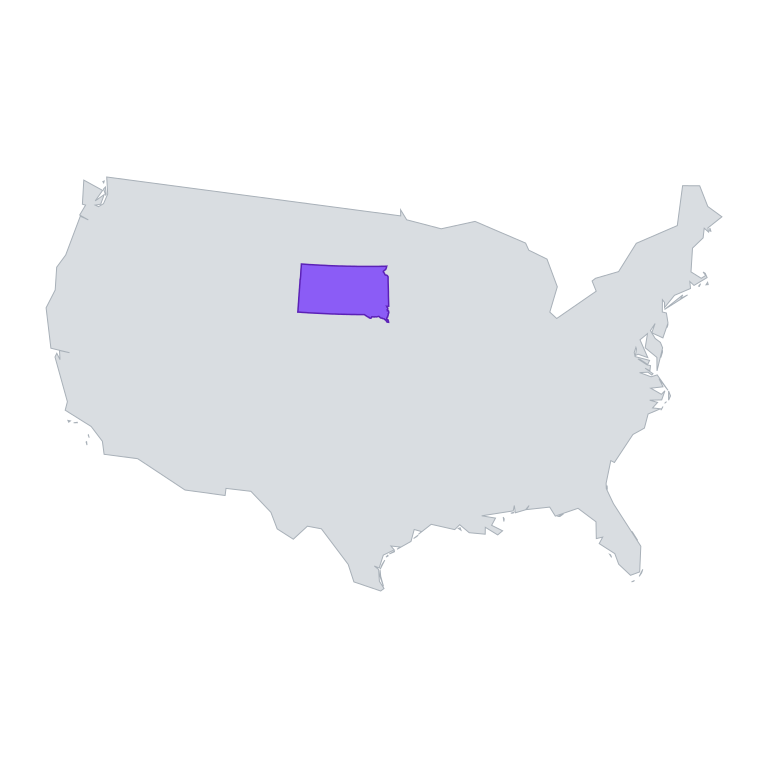 South Dakota highlighted on a map of United States of America
{"feature_id": "USA-3534", "entity_name": "South Dakota", "entity_type": "State", "adm_level": 1, "iso_a3": "USA", "parent_name": "United States of America", "parent_adm1": "", "projection": "albers", "projection_center": [-98.157, 44.23], "detail": "fine", "context": "in_parent", "style": "filled", "palette": "violet", "viewbox_px": 768, "rotation_deg": 0, "n_neighbors": 0, "source": "natural_earth", "source_scale": "10m", "svg_char_len": 7025}
<svg xmlns="http://www.w3.org/2000/svg" viewBox="0 0 768 768"><path d="M636.3,243.3L677.3,225.6L682.6,185.7L699.7,185.8L707.8,206.5L721.9,216.8L707.9,227.9L708.5,232.0L704.2,228.2L703.1,237.9L692.5,248.1L691.0,271.9L701.2,278.3L705.7,275.5L703.1,272.0L705.2,273.3L707.1,277.6L694.0,285.4L689.8,281.5L690.5,288.5L674.5,295.3L664.5,307.6L664.5,302.4L662.4,299.7L662.3,312.0L666.4,313.0L668.0,323.0L662.9,337.9L651.8,332.8L655.1,323.5L650.4,330.6L655.2,338.5L660.4,342.4L662.6,347.8L657.0,370.9L656.9,357.4L645.2,347.8L647.5,333.6L640.0,339.8L647.8,357.6L638.1,354.2L635.4,355.5L636.5,349.0L635.9,347.3L634.2,352.6L635.1,356.6L649.6,360.4L647.7,364.5L640.3,359.5L637.9,359.0L647.0,364.9L650.5,365.6L649.9,370.8L645.1,368.2L653.0,373.7L651.8,375.0L647.9,372.2L639.6,372.6L651.1,376.8L657.2,374.9L668.0,390.3L659.0,378.7L663.0,386.8L650.7,388.2L661.4,394.3L664.9,390.8L661.7,399.9L649.7,400.2L657.6,402.4L652.6,407.9L660.4,408.8L648.1,414.0L644.4,428.1L632.9,434.5L614.4,462.5L610.8,460.6L606.1,483.3L606.3,488.6L613.4,503.6L640.8,546.2L639.7,571.9L630.5,575.3L618.7,564.2L614.8,553.6L599.2,543.6L602.7,537.1L596.3,538.6L596.0,521.8L578.0,508.3L555.3,516.1L549.7,507.1L526.6,509.6L529.1,505.5L525.5,509.8L515.3,512.8L514.3,505.5L513.2,510.9L481.7,515.8L495.5,518.1L491.6,525.3L502.6,530.8L497.7,534.9L485.3,527.3L485.2,534.2L469.2,532.7L459.7,524.7L454.7,529.6L431.2,524.3L418.3,534.4L421.6,531.6L414.2,529.5L411.0,541.4L397.0,549.3L400.2,547.0L390.9,546.0L394.2,549.9L383.3,555.1L379.2,568.0L374.3,566.0L378.6,569.5L379.4,581.3L384.0,588.5L380.7,591.0L353.9,581.9L348.2,564.4L321.4,528.8L307.4,526.2L293.3,539.2L277.2,528.9L270.9,512.3L250.9,491.3L226.0,488.4L225.1,495.5L185.0,490.0L137.7,458.7L104.1,454.3L102.4,441.3L91.2,426.5L65.2,410.2L67.4,401.7L55.0,357.0L56.8,353.3L60.0,359.7L59.5,350.5L69.5,352.7L50.9,348.2L46.1,307.8L55.2,290.0L56.7,267.2L65.7,255.0L80.3,216.2L88.3,219.9L79.7,215.0L85.6,205.1L82.4,204.2L83.8,180.1L102.6,190.4L95.2,200.9L104.2,194.6L100.7,204.2L95.2,205.1L98.5,206.7L103.5,203.7L107.7,194.1L106.7,177.0L400.7,215.9L400.6,209.8L406.7,219.8L441.2,228.8L475.0,221.4L525.6,243.1L528.8,250.2L547.0,259.1L557.3,286.8L549.8,312.1L556.7,318.5L596.2,291.2L592.1,281.0L595.5,278.3L618.6,271.6L636.3,243.3ZM680.9,298.4L687.6,294.9L664.5,309.5L682.8,294.9L680.9,298.4ZM105.4,187.0L106.2,194.1L105.8,195.0L103.5,189.1L105.4,187.0ZM383.5,586.4L379.9,576.1L380.1,570.1L380.7,576.3L383.5,586.4ZM709.9,228.0L710.9,231.2L709.6,231.0L709.9,228.0ZM460.2,527.8L461.0,530.2L458.3,528.4L460.2,527.8ZM73.6,422.8L77.2,422.3L77.3,422.7L73.6,422.8ZM70.4,420.9L68.7,422.2L67.9,420.4L70.4,420.9ZM700.6,283.7L699.3,286.4L698.6,286.1L700.6,283.7ZM382.0,564.6L380.1,569.4L384.8,560.1L382.0,564.6ZM632.4,532.0L637.7,540.4L631.6,531.3L632.4,532.0ZM88.4,434.8L89.2,437.7L88.2,435.0L88.4,434.8ZM641.6,572.9L639.2,576.4L642.8,569.3L641.6,572.9ZM670.5,395.9L668.6,400.2L668.6,391.0L670.5,395.9ZM104.2,181.0L103.7,182.9L102.8,181.6L104.2,181.0ZM394.4,551.8L389.3,554.0L394.5,551.1L394.4,551.8ZM707.6,282.3L708.2,284.6L706.0,284.8L707.6,282.3ZM86.6,441.7L87.0,445.1L86.1,442.0L86.6,441.7ZM388.1,555.9L386.0,557.1L387.8,555.2L388.1,555.9ZM662.5,352.0L660.8,357.6L662.4,350.0L662.5,352.0ZM416.8,536.5L413.6,538.5L418.2,535.1L416.8,536.5ZM607.1,485.6L607.3,489.6L606.5,487.0L607.1,485.6ZM661.6,409.2L660.8,410.2L663.0,406.5L661.6,409.2ZM563.5,513.9L559.9,516.5L558.3,516.4L563.5,513.9ZM513.7,512.3L513.1,513.1L510.8,513.2L513.7,512.3ZM610.5,554.8L611.6,557.4L609.7,554.4L610.5,554.8ZM504.2,518.9L503.9,521.5L503.2,517.1L504.2,518.9ZM633.7,581.2L631.5,581.9L634.5,580.5L633.7,581.2ZM667.9,324.8L667.1,327.6L667.9,323.7L667.9,324.8ZM666.5,401.6L665.4,402.8L665.2,402.8L666.5,401.6Z" fill="#d9dde1" stroke="#a8b0b8" stroke-width="1"/><path d="M300.3,279.4L300.4,279.2L300.4,278.3L300.6,276.4L300.7,274.7L300.8,272.9L300.9,271.1L301.0,269.3L301.2,267.6L301.3,265.8L301.4,264.0L304.4,264.2L307.1,264.4L309.7,264.6L312.4,264.7L315.0,264.9L317.7,265.0L320.3,265.2L323.0,265.3L325.6,265.4L328.3,265.6L330.9,265.7L333.6,265.8L336.2,265.9L338.9,266.0L341.5,266.0L344.2,266.1L346.8,266.2L349.5,266.2L352.2,266.3L354.8,266.3L357.5,266.4L360.1,266.4L362.8,266.4L365.4,266.4L368.1,266.4L370.7,266.4L373.4,266.4L376.0,266.4L378.7,266.4L381.4,266.3L384.0,266.3L386.7,266.2L386.6,266.4L386.6,266.5L386.4,267.7L386.3,267.9L386.1,268.4L385.8,269.2L385.7,269.3L385.6,269.5L385.3,269.8L384.4,270.3L384.1,270.7L383.6,271.0L383.4,271.2L383.3,271.5L383.3,271.9L383.6,272.3L384.1,272.9L384.4,273.3L384.8,274.3L385.1,274.8L385.3,275.0L386.2,275.1L386.7,275.2L387.1,275.5L387.5,275.8L387.6,276.0L387.9,276.6L388.0,276.7L388.1,276.8L388.1,277.4L388.1,281.0L388.2,284.6L388.3,288.2L388.4,291.8L388.4,295.4L388.5,299.0L388.6,302.6L388.7,306.2L387.0,306.3L386.9,306.3L387.0,306.4L387.0,306.5L387.0,306.9L387.0,307.1L387.1,307.3L387.4,307.7L387.5,307.8L387.7,308.0L387.8,308.3L387.8,309.1L387.7,309.5L387.3,309.7L387.2,309.8L387.3,309.9L387.4,310.1L387.5,310.2L387.5,310.3L387.4,310.4L387.4,310.5L387.4,310.8L387.5,310.8L387.8,310.8L388.1,310.8L388.3,310.8L388.5,310.9L388.5,311.0L388.7,311.9L388.7,312.1L388.8,312.2L388.8,312.3L388.7,313.1L388.6,313.3L388.2,313.7L388.2,313.8L388.3,314.0L388.2,314.5L388.2,315.0L388.1,315.3L387.9,315.5L387.8,316.1L387.8,316.3L387.7,316.4L387.6,316.5L387.6,316.8L387.6,317.0L387.3,317.1L387.2,317.2L387.2,317.3L387.1,317.5L386.9,317.9L386.8,318.1L386.7,318.3L386.7,318.5L386.8,318.8L387.0,319.1L387.1,319.3L387.9,319.8L388.0,319.9L388.1,320.0L388.0,320.4L387.9,320.4L387.9,320.5L388.1,320.7L388.2,320.8L388.3,320.8L388.4,321.0L388.4,321.3L388.5,321.5L388.6,322.3L387.1,322.1L386.9,321.9L386.7,321.7L386.7,321.4L386.6,321.1L386.1,320.8L385.9,320.6L385.9,320.4L386.0,320.2L386.0,319.8L385.9,319.7L385.7,319.7L385.1,319.7L384.9,319.7L384.7,319.5L384.7,319.4L384.5,319.1L384.3,318.9L384.1,318.8L383.0,318.7L382.8,318.6L382.6,318.5L382.6,318.4L382.4,318.3L382.1,318.2L381.8,318.1L381.7,318.1L381.1,318.1L380.8,318.0L380.5,317.8L380.3,317.7L379.8,317.2L379.5,316.8L379.3,316.6L379.0,316.5L378.7,316.4L376.3,316.9L376.0,316.9L375.1,316.7L374.9,316.7L374.4,317.0L374.1,317.0L373.7,316.8L373.1,316.9L372.2,316.7L372.0,316.8L371.8,316.9L371.7,316.9L371.6,317.1L371.5,317.3L371.4,317.7L371.3,317.8L371.0,318.1L370.9,318.2L370.6,318.2L370.2,318.2L369.4,317.9L369.2,317.8L369.2,317.6L369.1,317.4L367.4,316.7L366.9,316.3L366.4,315.9L366.2,315.9L364.9,315.0L364.8,314.9L364.5,314.6L364.4,314.6L363.4,314.6L361.4,314.6L359.3,314.6L357.3,314.6L355.2,314.5L353.2,314.5L351.1,314.5L349.1,314.4L347.1,314.4L345.0,314.3L343.0,314.3L340.9,314.2L338.9,314.2L336.9,314.1L334.8,314.0L332.8,314.0L330.7,313.9L328.7,313.8L326.7,313.7L324.6,313.6L322.6,313.5L320.5,313.4L318.5,313.3L316.5,313.2L314.4,313.1L312.4,313.0L310.4,312.9L308.3,312.8L306.3,312.6L304.2,312.5L302.2,312.4L300.2,312.2L297.8,312.1L298.0,310.0L298.1,308.0L298.3,305.9L298.4,303.9L298.6,301.9L298.7,299.8L298.8,297.8L299.0,295.7L299.1,293.7L299.3,291.7L299.4,289.6L299.6,287.6L299.7,285.5L299.9,283.5L300.0,281.4L300.1,279.4L300.3,279.4Z" fill="#8b5cf6" stroke="#5b21b6" stroke-width="1.5"/></svg>